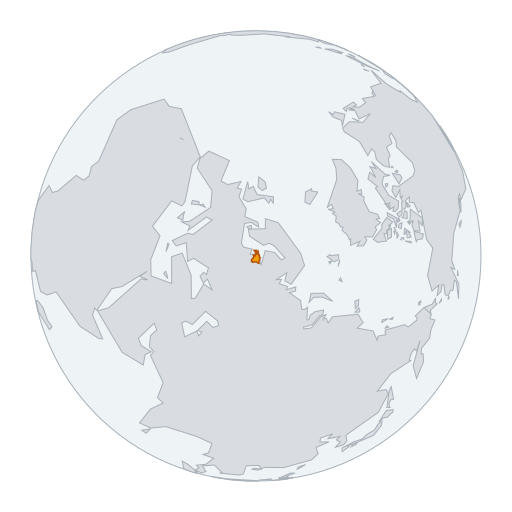 Estonia on an orthographic globe, rotated 96°
{"feature_id": "EST", "entity_name": "Estonia", "entity_type": "country or territory", "adm_level": 0, "iso_a3": "EST", "parent_name": "Europe", "parent_adm1": "", "projection": "orthographic", "projection_center": [24.591, 58.582], "detail": "fine", "context": "on_globe", "style": "filled", "palette": "amber", "viewbox_px": 512, "rotation_deg": 96, "n_neighbors": 0, "source": "natural_earth", "source_scale": "50m", "svg_char_len": 12908}
<svg xmlns="http://www.w3.org/2000/svg" viewBox="0 0 512 512"><g transform="rotate(96 256 256)"><circle cx="256" cy="256" r="225" fill="#eef3f6" stroke="#a8b0b8"/><path d="M52.0,160.4L52.8,158.7L56.5,151.4L64.9,136.7L74.4,122.7L85.0,109.4L96.5,96.9L98.3,95.1L131.3,70.1L107.1,86.9L115.9,79.6L126.9,71.7L125.6,72.9L139.4,65.2L150.2,59.3L167.5,54.4L179.3,58.3L172.9,60.0L176.4,61.1L184.7,59.2L189.3,57.7L212.7,61.7L240.2,60.8L248.6,56.8L247.0,61.0L262.6,51.3L277.4,50.1L260.9,53.9L259.3,56.2L269.4,56.4L269.9,58.9L275.1,60.6L274.9,63.7L265.3,66.1L265.0,68.2L272.1,68.3L276.4,71.7L266.0,71.2L272.4,77.3L257.5,83.3L229.7,81.0L221.5,88.2L193.1,96.7L195.8,99.1L186.7,104.4L186.4,109.2L181.2,109.8L185.5,113.2L190.3,111.8L193.7,112.9L194.0,115.8L187.4,116.8L186.4,115.6L184.6,117.4L181.2,116.8L183.0,118.7L175.0,119.9L183.2,123.0L177.1,127.6L171.8,127.2L172.0,121.6L160.0,108.3L154.6,106.9L146.8,110.2L132.8,127.8L127.0,128.8L119.4,134.3L122.7,136.1L129.8,132.5L134.1,137.6L142.4,133.0L145.3,134.5L153.9,132.4L152.9,138.8L147.3,146.4L140.1,148.7L137.4,152.2L144.5,155.3L131.4,165.0L123.2,181.2L119.7,183.2L112.6,177.2L111.9,163.6L102.6,157.3L108.9,167.8L100.2,173.4L98.9,177.1L99.5,180.8L102.9,181.3L100.0,184.7L92.7,175.2L95.2,171.9L97.5,174.9L97.2,168.7L92.2,163.0L88.2,166.6L84.9,155.2L82.0,157.8L79.6,157.0L84.5,153.6L75.7,159.7L71.2,149.7L59.1,161.0L70.7,145.1L74.6,137.2L78.3,128.9L76.3,130.5L84.0,118.3L86.3,111.6L80.3,115.8L72.3,125.8L64.4,138.3L65.2,138.4L61.2,146.9L57.3,150.1L49.3,167.8L46.2,173.8L45.7,175.2L52.0,160.4ZM41.8,186.2L40.6,190.0L37.7,200.7L38.0,202.3L37.4,210.0L34.9,216.7L36.5,216.4L34.8,225.3L35.1,245.8L34.4,245.7L34.3,271.3L38.1,294.1L38.9,303.6L38.1,304.4L40.3,312.0L40.4,314.2L52.8,344.3L62.1,363.4L63.8,370.1L60.0,366.8L60.9,368.6L53.4,354.5L46.9,339.9L41.5,324.9L37.2,309.6L33.9,293.9L31.8,278.1L30.8,262.2L30.9,246.2L32.2,230.3L34.6,214.5L38.1,198.9L38.6,197.0L40.2,191.3L40.3,191.2L41.8,186.2ZM56.1,163.5L47.2,187.8L49.0,177.4L49.2,178.6L52.2,171.6L56.5,160.7L59.0,152.5L56.1,163.5ZM59.2,166.5L60.5,162.8L59.7,166.0L59.2,166.5ZM191.2,56.7L184.8,58.9L177.1,59.9L182.4,57.7L191.2,56.7ZM205.9,56.2L203.0,57.6L199.3,55.7L202.1,55.5L205.9,56.2ZM254.4,53.6L249.1,54.0L254.1,52.8L254.4,53.6ZM275.9,60.3L277.2,59.4L279.4,60.7L275.9,60.3ZM153.9,129.0L153.9,130.7L152.3,130.2L153.9,129.0ZM157.6,126.6L155.7,124.9L157.2,123.5L158.4,124.6L157.6,126.6ZM281.0,66.7L284.0,69.1L279.3,67.0L281.0,66.7ZM159.5,129.1L160.1,121.4L162.8,119.0L169.3,121.3L159.5,129.1ZM284.6,70.8L292.1,77.1L295.6,75.7L289.7,83.6L285.3,75.5L278.9,73.0L283.6,72.8L284.6,70.8ZM191.7,110.2L186.6,111.8L190.6,107.9L191.7,110.2ZM193.4,107.4L200.7,94.5L208.4,93.8L204.4,98.1L214.1,95.4L214.2,101.4L208.9,104.2L203.9,103.4L207.8,106.4L193.4,107.4ZM285.2,87.2L285.5,89.2L283.3,87.6L285.2,87.2ZM195.4,113.1L196.2,110.4L202.9,109.6L202.6,114.8L200.5,113.4L195.4,113.1ZM216.6,91.9L221.5,92.3L223.0,97.2L225.1,98.1L214.9,101.5L216.6,91.9ZM199.1,115.0L202.2,117.5L199.3,120.5L195.1,115.7L199.1,115.0ZM204.8,107.2L208.0,107.1L206.1,108.9L204.8,107.2ZM190.7,133.1L191.5,129.7L195.0,128.9L190.7,133.1ZM203.5,118.2L204.5,117.2L206.0,116.6L207.4,118.8L203.5,118.2ZM216.6,104.8L216.2,106.8L220.9,103.7L222.1,107.4L215.1,109.0L218.7,109.9L219.1,111.1L212.9,111.1L216.6,104.8ZM213.2,119.3L204.8,123.0L202.5,129.3L199.2,130.2L203.5,119.8L213.2,119.3ZM213.6,114.5L212.6,117.6L209.1,116.9L207.6,114.3L213.6,114.5ZM225.5,109.4L225.4,103.2L226.9,103.1L225.5,109.4ZM213.3,121.2L215.3,120.3L213.5,121.8L213.3,121.2ZM222.6,113.1L222.3,110.9L224.0,110.8L222.6,113.1ZM219.6,120.4L216.9,121.6L215.7,119.8L219.6,120.4ZM221.5,117.2L224.0,117.6L217.0,118.5L221.1,116.2L221.5,117.2ZM224.3,113.4L225.2,112.6L224.1,114.4L224.3,113.4ZM225.5,126.7L216.9,128.2L214.4,124.2L223.1,123.2L225.5,126.7ZM233.7,480.2L223.3,478.3L207.6,469.2L214.1,465.1L212.1,459.9L194.7,443.2L198.6,435.3L193.8,430.3L184.0,428.9L178.4,422.4L172.5,420.5L135.1,408.6L123.6,395.8L109.6,363.8L116.3,358.0L117.3,345.7L163.2,321.8L173.1,328.7L209.4,332.3L214.0,335.0L209.9,345.6L237.3,362.1L245.9,353.6L270.6,360.3L286.8,358.3L292.2,337.0L265.6,339.9L260.8,329.7L282.0,318.5L305.2,315.8L304.1,311.8L289.2,305.0L294.4,296.0L284.0,301.9L288.4,305.6L282.0,309.5L277.7,306.4L279.7,303.2L272.6,302.1L264.9,317.9L268.5,323.5L250.1,326.7L254.3,336.5L249.4,340.9L240.5,326.3L241.2,320.8L224.8,303.4L222.4,309.4L237.7,326.3L233.0,324.8L229.8,333.6L228.5,325.7L212.4,306.2L195.7,306.5L174.7,323.6L164.9,321.9L156.6,313.8L163.9,292.4L185.1,298.7L187.9,291.7L183.5,278.6L190.3,281.8L191.0,277.4L199.0,279.1L210.0,270.7L218.0,271.2L222.2,257.7L226.9,256.3L223.1,264.5L224.8,270.8L244.7,271.9L248.5,269.1L249.6,260.5L255.0,262.1L253.5,253.6L264.9,250.0L249.7,247.4L250.6,237.8L257.3,230.4L254.9,226.9L243.9,239.0L242.0,244.4L244.6,249.6L237.0,264.5L230.1,266.4L227.9,249.5L217.9,250.6L220.5,237.4L248.7,211.8L260.5,206.7L280.5,218.2L277.8,224.7L269.4,223.6L277.4,233.3L276.6,228.3L281.1,229.9L283.0,221.5L286.3,222.2L282.6,213.2L286.8,213.1L289.1,218.9L295.6,207.0L304.2,204.9L304.1,202.0L301.6,199.4L314.3,198.7L313.7,196.6L309.2,195.9L305.1,191.3L302.7,183.1L307.3,183.3L308.7,186.3L318.6,193.2L321.8,201.4L323.5,200.7L321.8,193.6L309.7,185.2L307.0,180.2L313.2,183.3L310.7,181.8L310.8,179.4L315.1,177.3L308.5,173.6L303.2,148.5L311.1,142.5L317.2,147.8L318.3,131.7L327.0,126.9L322.9,126.2L320.7,118.6L317.9,119.9L315.8,119.0L308.8,101.0L310.6,97.2L303.0,89.4L300.9,89.1L299.0,91.4L289.7,83.6L295.6,75.7L300.1,76.6L300.9,71.3L310.9,74.3L319.6,74.7L330.3,81.7L336.2,81.6L335.8,79.6L343.6,78.3L361.0,83.5L348.7,88.2L322.9,84.0L333.6,86.3L331.7,88.6L335.9,91.2L343.4,92.8L343.9,91.2L358.7,109.5L377.8,121.2L375.2,112.7L379.1,110.1L398.6,117.9L424.8,147.8L430.4,146.2L434.5,149.1L437.9,157.0L432.1,152.8L430.5,156.9L426.7,153.6L430.2,165.4L424.9,161.2L430.3,172.8L434.3,173.1L433.2,164.0L440.2,176.3L446.1,173.5L453.0,179.5L463.6,206.5L465.3,225.0L466.7,228.2L464.1,231.4L465.6,243.7L474.2,245.9L475.6,249.9L475.7,269.6L474.9,267.1L468.2,275.6L470.4,287.4L475.6,283.3L477.5,287.9L475.1,294.2L472.7,290.6L470.3,293.4L468.4,284.1L461.6,276.9L458.9,288.0L456.7,282.6L447.0,280.3L441.7,295.9L435.1,327.9L438.1,342.6L434.1,354.4L419.3,345.0L412.0,333.0L407.1,339.2L391.6,335.1L365.9,350.6L361.9,347.7L357.2,352.5L346.2,352.6L339.9,347.0L333.4,350.2L350.1,364.4L357.0,360.8L362.2,350.2L365.6,356.0L376.2,356.7L365.8,379.1L327.2,407.8L322.9,397.1L290.7,367.8L291.3,363.3L291.2,362.8L290.7,361.9L288.4,369.6L282.6,362.7L300.4,386.2L303.6,396.1L326.6,408.6L324.6,411.0L331.9,412.4L354.4,399.8L354.6,403.5L344.3,423.7L312.6,451.0L316.6,459.6L313.8,466.6L293.5,473.8L294.8,476.3L284.2,478.5L283.2,479.4L274.4,480.5L273.5,480.6L253.6,481.3L233.7,480.2ZM147.8,340.2L146.6,343.9L147.8,340.2ZM330.3,322.9L343.9,318.5L336.8,307.1L341.4,304.6L337.3,301.8L336.2,306.3L326.1,298.0L331.5,291.6L329.4,285.9L324.7,287.2L316.3,300.3L330.8,312.2L328.1,319.0L330.3,322.9ZM35.1,246.4L34.9,250.1L34.6,246.8L35.1,246.4ZM47.6,178.4L46.5,182.6L45.4,185.7L45.9,182.8L47.6,178.4ZM42.5,213.3L42.0,218.7L41.8,214.1L42.5,213.3ZM46.1,191.5L42.8,209.3L42.4,201.4L44.8,190.3L44.1,196.4L46.1,191.5ZM56.4,167.8L55.3,170.8L54.5,171.1L56.4,167.8ZM58.7,168.9L58.8,168.0L60.0,165.9L58.7,168.9ZM100.7,173.9L101.1,174.8L101.0,178.7L99.6,177.5L100.7,173.9ZM109.8,193.7L104.9,198.8L107.4,194.1L104.4,193.1L105.8,182.3L118.1,183.7L112.3,184.9L109.8,193.7ZM111.1,168.8L108.8,175.1L110.8,168.1L111.1,168.8ZM187.4,252.7L190.2,256.6L187.2,261.2L177.0,261.5L181.2,254.8L187.4,252.7ZM194.8,261.3L195.3,244.9L201.7,244.4L198.0,247.4L202.2,248.7L197.4,253.9L202.9,269.8L200.6,274.9L183.0,272.1L190.0,270.0L186.9,266.1L194.8,261.3ZM185.5,207.4L185.9,201.2L199.2,207.9L197.4,213.0L187.1,213.4L183.3,207.7L185.5,207.4ZM170.8,135.0L170.1,132.8L171.9,132.4L174.0,134.0L170.8,135.0ZM190.8,131.6L176.0,144.4L174.4,142.4L167.6,152.7L160.8,151.7L165.4,145.0L155.1,152.1L156.5,145.7L150.0,151.2L161.0,136.4L161.8,131.2L163.5,137.3L169.7,138.3L172.7,137.2L181.7,130.3L186.6,119.9L193.6,119.6L197.2,122.1L197.1,124.5L192.6,123.9L195.7,127.6L189.1,128.6L190.8,131.6ZM235.7,156.6L230.5,154.1L235.6,163.2L229.0,163.6L230.0,164.7L225.3,167.7L221.4,173.2L218.4,172.5L218.1,175.0L215.0,177.2L213.7,180.4L207.8,180.4L205.7,184.4L204.1,182.1L202.0,189.1L200.9,183.9L196.8,186.5L200.1,190.2L171.6,183.7L160.5,185.6L151.9,190.2L151.2,181.0L158.8,171.1L170.4,162.5L181.2,162.3L178.9,158.4L183.4,157.2L183.3,160.7L186.1,154.6L189.8,154.6L200.1,148.0L201.8,139.5L205.6,137.1L206.8,140.4L209.8,135.6L214.5,140.4L217.4,138.8L224.9,142.1L225.5,149.7L228.6,147.4L234.5,150.0L235.7,156.6ZM227.5,127.8L229.7,136.5L227.2,141.1L215.1,133.5L211.9,134.3L204.1,130.0L207.9,123.5L209.8,125.3L212.5,125.5L210.2,127.4L214.1,126.1L216.8,128.6L220.5,128.3L220.2,131.2L227.5,127.8ZM219.1,331.4L222.6,332.4L228.1,332.5L226.2,338.1L219.1,331.4ZM207.9,318.3L211.0,318.1L211.0,325.8L207.4,325.0L207.9,318.3ZM212.8,311.6L211.2,317.5L209.9,313.8L212.8,311.6ZM226.0,263.9L229.4,263.3L229.8,265.3L227.9,268.2L226.0,263.9ZM249.3,185.2L246.8,182.7L247.8,181.5L246.1,174.0L250.9,173.3L253.7,177.5L249.3,185.2ZM287.7,341.3L283.1,346.0L280.6,344.3L282.7,343.1L287.7,341.3ZM253.2,343.6L261.1,346.0L252.5,345.1L253.2,343.6ZM254.2,183.1L253.0,180.1L256.1,181.6L254.2,183.1ZM254.2,172.4L257.9,173.5L251.2,172.3L254.2,172.4ZM350.9,453.7L334.2,466.6L324.0,469.9L322.8,468.9L329.5,462.4L341.6,456.7L347.7,451.4L350.9,453.7ZM477.3,297.9L475.1,305.6L467.7,308.0L470.4,301.6L477.3,291.7L477.0,294.6L478.5,290.6L477.7,295.8L477.3,297.9ZM480.3,276.5L480.2,274.0L480.3,268.4L480.8,263.7L479.4,233.4L479.6,229.6L480.7,240.3L480.7,239.8L481.3,258.2L480.3,276.5ZM439.1,343.1L443.8,346.7L441.2,351.4L439.1,343.1ZM476.6,217.7L478.7,230.3L476.0,216.7L476.6,217.7ZM473.7,207.3L474.7,209.3L474.0,210.0L473.7,207.3ZM468.8,231.9L468.5,237.6L467.4,235.9L467.1,227.7L468.8,231.9ZM458.2,184.9L462.3,190.2L463.7,192.9L461.6,192.1L458.2,184.9ZM293.0,175.1L290.0,186.1L291.0,194.1L296.5,198.4L287.4,197.3L285.9,184.9L293.0,175.1ZM301.5,151.7L296.7,148.3L299.5,146.9L301.0,147.4L301.5,151.7ZM298.0,151.7L290.7,153.0L288.5,149.3L294.7,148.9L298.0,151.7ZM272.5,167.8L271.3,171.0L268.8,169.6L272.5,167.8ZM476.3,209.1L476.4,210.1L477.7,217.0L474.1,200.5L474.7,201.8L476.3,209.1ZM474.7,204.2L476.0,210.5L473.9,202.0L474.7,204.2ZM475.7,210.3L474.7,207.9L474.3,204.5L475.7,210.3ZM474.3,201.8L472.1,195.9L472.9,196.9L474.3,201.8ZM471.9,203.0L472.9,199.6L473.5,208.2L468.4,199.3L467.8,194.5L471.9,203.0ZM435.8,141.4L433.2,140.1L431.1,135.5L433.6,137.7L435.8,141.4ZM422.1,120.3L429.7,133.9L435.4,145.5L436.0,143.6L441.5,149.8L438.0,150.4L430.5,139.4L427.1,131.5L422.0,127.2L416.6,119.9L410.7,117.2L406.9,113.4L411.2,113.5L422.1,120.3ZM408.3,116.5L396.1,110.3L394.4,103.7L396.7,103.5L403.0,109.0L403.5,112.2L408.3,116.5ZM392.6,106.9L393.0,110.0L375.9,109.5L371.8,107.9L384.0,104.2L385.0,107.0L389.5,108.4L392.6,106.9ZM287.8,88.9L285.7,89.2L286.8,87.7L287.8,88.9ZM314.3,120.0L311.6,118.5L312.9,116.6L314.3,120.0ZM304.7,113.6L305.1,116.8L302.8,113.3L304.7,113.6ZM306.4,123.9L304.4,118.0L309.0,123.8L306.4,123.9Z" fill="#d9dde1" stroke="#a8b0b8" stroke-width="1"/><path d="M261.8,260.0L261.5,260.0L261.1,259.9L261.0,259.7L260.9,259.7L260.7,259.8L260.1,260.1L259.9,260.0L259.6,259.8L259.4,259.6L259.0,259.1L258.9,258.9L258.5,258.8L258.4,258.6L258.2,258.6L257.6,258.1L257.4,258.1L257.4,258.3L257.2,258.2L256.7,258.3L256.4,258.3L255.7,258.7L255.5,258.8L255.4,258.8L255.5,258.6L255.7,257.9L255.8,257.3L255.9,257.2L255.9,256.9L255.6,256.8L255.4,257.0L255.0,257.2L254.8,257.1L254.3,256.9L254.2,256.6L254.2,256.3L253.9,256.0L253.8,255.7L254.1,255.3L254.1,255.2L253.8,255.2L253.6,254.6L253.8,254.5L253.8,254.3L253.7,254.2L253.8,254.1L253.8,253.9L253.8,253.6L254.1,253.4L254.4,253.3L255.0,253.2L254.9,252.9L255.2,252.9L255.6,252.5L256.0,252.6L256.6,252.3L257.7,252.3L257.9,252.1L257.8,251.8L258.0,251.9L258.4,251.8L259.7,252.1L260.1,252.1L260.5,252.4L260.8,252.5L261.5,252.5L262.6,252.6L262.8,252.3L263.1,252.6L263.1,252.8L262.9,252.9L262.9,253.0L262.7,253.0L262.6,253.4L262.4,254.0L262.1,254.4L261.9,254.7L261.8,254.9L261.8,255.1L261.8,255.3L262.0,256.4L262.1,256.7L262.0,256.9L262.0,257.1L262.0,257.3L262.2,257.6L262.4,258.1L262.4,258.4L262.5,258.5L262.6,258.8L262.2,258.9L262.1,259.1L261.9,259.5L261.8,259.9L261.8,260.0ZM252.0,255.8L252.4,255.8L252.7,255.9L253.3,256.4L253.4,256.5L253.0,256.5L252.9,256.7L252.8,256.8L252.7,256.8L252.5,257.0L252.2,257.2L252.1,257.3L251.7,257.3L251.4,257.4L251.2,257.6L251.1,258.0L250.9,258.3L250.6,258.5L250.6,258.3L250.6,258.2L250.9,257.7L251.0,257.6L250.8,257.5L250.7,257.3L250.4,257.1L250.5,256.9L250.6,256.7L250.4,256.2L250.5,256.2L250.8,256.3L251.0,256.2L251.4,255.9L251.7,255.8L251.8,255.8L252.0,255.8ZM252.6,255.0L252.4,255.2L252.1,255.4L251.8,255.5L251.7,255.4L251.6,254.8L251.4,254.7L251.1,254.7L250.9,254.5L251.7,254.4L251.8,254.2L252.0,254.0L252.6,254.3L252.7,254.6L252.8,255.0L252.6,255.0ZM253.4,256.1L252.9,255.9L253.0,255.7L253.4,255.7L253.5,256.0L253.4,256.1Z" fill="#f59e0b" stroke="#b45309" stroke-width="1.5"/></g></svg>